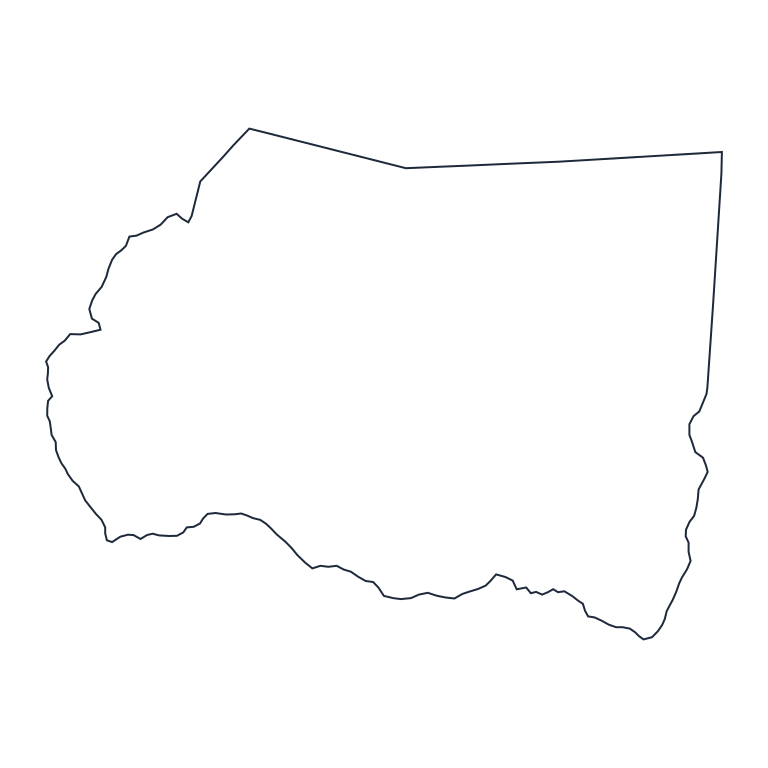 the district of Matina, Bahia, Brazil
{"feature_id": "56859067B75193807693775", "entity_name": "Matina", "entity_type": "district", "adm_level": 2, "iso_a3": "BRA", "parent_name": "Brazil", "parent_adm1": "Bahia", "projection": "robinson", "projection_center": [-42.972, -13.855], "detail": "fine", "context": "isolated", "style": "outline", "palette": "slate", "viewbox_px": 768, "rotation_deg": 0, "n_neighbors": 0, "source": "geoboundaries", "source_scale": "gbopen_adm2", "svg_char_len": 2347}
<svg xmlns="http://www.w3.org/2000/svg" viewBox="0 0 768 768"><path d="M721.9,152.0L558.7,161.7L508.5,163.8L470.3,165.5L443.5,166.6L405.9,168.2L297.7,140.8L282.0,136.8L249.3,128.6L233.0,145.7L226.9,152.6L222.7,157.3L200.3,181.4L191.6,216.1L188.3,222.3L182.1,218.7L176.6,213.8L167.6,217.2L160.7,224.6L153.0,229.4L143.3,232.6L136.6,235.6L129.4,236.6L125.9,245.9L121.1,250.5L116.1,254.1L112.1,259.8L108.5,268.7L106.3,276.9L101.7,286.8L95.6,294.0L92.2,300.4L89.3,309.0L91.9,318.6L98.7,322.9L100.5,329.7L91.0,332.0L80.6,334.4L70.2,334.1L64.7,340.7L59.2,344.7L54.5,350.6L49.6,356.0L46.1,361.5L48.1,367.2L47.9,373.4L47.2,379.4L48.8,387.9L52.2,396.2L48.1,400.8L47.3,408.4L47.2,415.7L49.8,421.4L50.8,428.4L51.6,434.9L55.7,442.1L56.0,450.1L58.6,457.3L61.5,463.4L65.3,468.7L67.9,474.2L72.7,480.9L78.8,486.4L82.6,494.7L85.2,500.4L89.6,506.0L95.9,513.9L101.5,519.8L105.2,527.4L105.2,533.5L106.9,540.3L112.1,542.1L120.3,536.7L128.0,534.7L133.6,535.1L140.5,539.0L147.1,535.0L152.7,533.7L159.0,535.4L169.3,536.0L177.0,535.8L183.3,532.4L186.8,527.4L193.7,526.8L200.0,523.5L203.1,518.5L207.6,513.9L215.5,513.0L225.8,514.5L234.5,514.3L241.2,513.5L247.3,515.6L253.0,518.1L260.3,519.9L266.1,523.8L270.4,527.8L276.8,534.5L285.7,542.0L292.1,548.6L297.1,554.8L305.1,562.6L312.4,568.4L320.4,565.8L328.3,566.8L336.7,565.8L343.6,569.5L350.9,571.7L358.1,576.7L365.7,581.0L373.1,582.0L378.4,587.5L383.9,595.9L393.1,598.1L400.9,599.1L411.0,598.1L418.9,594.6L427.8,592.8L437.0,595.8L445.7,597.5L454.4,598.5L462.5,593.9L469.7,591.5L478.0,589.0L485.7,585.6L490.4,581.0L496.1,574.4L505.4,577.0L512.7,580.6L516.7,589.3L526.2,587.5L530.8,593.2L536.1,591.9L542.1,594.6L547.9,592.2L553.2,589.2L558.0,592.2L564.4,591.3L572.0,595.9L578.3,600.8L582.9,603.8L585.0,610.7L588.1,616.4L594.5,617.4L601.5,620.6L608.7,624.6L616.0,627.2L622.6,627.2L629.8,628.6L635.0,632.2L639.1,636.2L643.5,639.4L652.0,637.2L657.9,631.2L662.2,624.9L664.8,619.0L666.6,611.4L669.7,605.4L672.7,599.9L676.2,591.9L679.2,583.3L681.9,577.6L687.1,569.1L690.6,560.9L688.6,551.9L688.6,542.6L685.7,536.3L686.0,529.7L689.5,521.9L694.1,515.9L696.4,507.6L697.8,499.1L698.6,489.4L704.2,479.1L707.7,471.9L706.0,465.6L703.0,457.7L695.3,452.1L692.1,442.1L689.4,434.9L689.4,424.2L693.6,416.1L699.3,411.4L703.0,402.5L706.5,393.9L707.4,387.3L713.2,302.7L721.4,173.8L721.9,152.0Z" fill="none" stroke="#1e293b" stroke-width="2"/></svg>